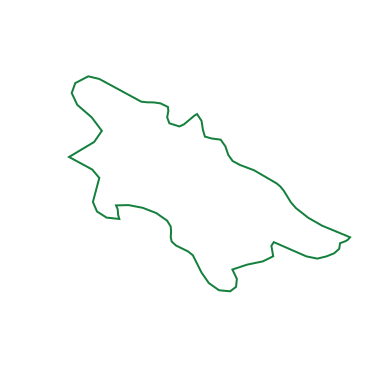 map outline of Phuket (Mercator projection), rotated 123°
{"feature_id": "THA-377", "entity_name": "Phuket", "entity_type": "Province", "adm_level": 1, "iso_a3": "THA", "parent_name": "Thailand", "parent_adm1": "", "projection": "mercator", "projection_center": [98.341, 7.98], "detail": "fine", "context": "isolated", "style": "outline", "palette": "green", "viewbox_px": 384, "rotation_deg": 123, "n_neighbors": 0, "source": "natural_earth", "source_scale": "10m", "svg_char_len": 1110}
<svg xmlns="http://www.w3.org/2000/svg" viewBox="0 0 384 384"><g transform="rotate(123 192 192)"><path d="M244.6,248.4L247.0,244.9L251.5,241.4L254.2,238.3L260.0,249.7L260.1,261.1L254.3,269.7L230.7,277.4L227.5,287.9L229.6,314.2L203.3,301.3L189.8,300.9L184.0,316.9L181.4,335.7L174.5,346.8L164.2,349.2L151.5,342.0L147.7,331.4L143.9,283.8L141.1,278.3L137.7,272.9L134.8,266.6L133.8,258.5L136.9,256.0L142.9,253.5L146.7,248.4L143.9,238.3L139.7,235.6L126.7,231.6L123.9,230.2L127.1,222.8L133.7,216.9L138.5,211.4L136.6,205.1L132.5,196.5L135.5,188.9L141.1,181.8L143.9,174.8L143.2,166.5L140.0,151.9L138.7,125.6L139.3,120.9L141.1,115.4L146.7,103.7L148.9,96.1L150.3,80.5L149.4,64.5L143.9,34.8L147.2,35.3L149.5,36.4L154.3,39.9L159.6,37.6L166.0,39.4L172.8,44.2L179.6,50.6L183.7,61.0L189.5,96.1L193.9,96.1L201.7,88.9L211.6,94.8L223.0,106.3L235.0,115.9L240.4,107.1L247.5,103.4L254.5,105.9L259.7,115.9L259.2,128.3L254.4,140.1L244.6,156.8L244.0,162.9L245.6,176.3L244.6,182.1L241.4,185.3L237.0,187.7L232.5,191.1L229.6,197.3L229.1,210.4L232.1,224.7L237.5,238.0L244.6,248.4Z" fill="none" stroke="#15803d" stroke-width="2"/></g></svg>